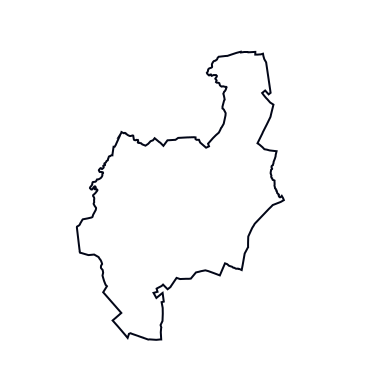 Braslavas pag., Alojas, Latvia (Mercator projection), rotated 49°
{"feature_id": "27541924B13565408041411", "entity_name": "Braslavas pag.", "entity_type": "district", "adm_level": 2, "iso_a3": "LVA", "parent_name": "Latvia", "parent_adm1": "Alojas", "projection": "mercator", "projection_center": [24.998, 57.744], "detail": "fine", "context": "isolated", "style": "outline", "palette": "ink", "viewbox_px": 384, "rotation_deg": 49, "n_neighbors": 0, "source": "geoboundaries", "source_scale": "gbopen_adm2", "svg_char_len": 5929}
<svg xmlns="http://www.w3.org/2000/svg" viewBox="0 0 384 384"><g transform="rotate(49 192 192)"><path d="M179.5,73.2L175.8,74.3L171.2,74.3L170.4,74.4L168.0,74.4L165.5,74.3L163.3,74.1L163.4,70.2L168.6,70.1L168.7,67.6L142.8,51.0L141.9,50.8L139.2,50.3L136.2,48.9L134.2,47.7L133.3,49.7L131.3,52.4L129.8,54.1L127.8,52.3L123.4,58.0L123.0,58.0L120.5,60.9L118.8,63.5L118.2,63.1L116.2,67.1L114.1,72.1L112.5,76.0L111.4,77.4L107.4,83.2L107.7,85.0L108.1,85.6L108.3,86.0L108.4,86.6L108.3,87.0L108.2,87.4L108.3,88.0L108.2,88.3L107.6,89.3L107.6,90.3L107.7,90.8L107.9,91.5L108.6,93.1L108.9,93.4L110.6,94.6L110.9,95.0L110.9,95.7L110.0,98.0L110.1,99.3L111.5,101.1L111.8,102.6L112.4,102.8L113.1,102.9L115.1,102.7L115.4,102.3L115.4,102.0L115.3,101.2L115.8,100.6L116.8,101.0L117.3,100.9L117.8,99.1L119.6,97.1L120.8,97.1L121.2,97.7L121.7,100.0L121.8,100.1L123.9,100.2L124.8,101.8L125.7,101.6L126.7,100.6L127.5,100.1L127.8,100.0L129.5,100.8L129.9,100.9L130.9,100.8L131.7,100.6L131.9,100.5L132.1,100.2L132.6,99.2L134.1,98.2L134.6,97.8L135.1,97.2L135.3,97.1L135.6,97.2L135.8,97.4L136.0,98.2L136.4,98.5L136.7,99.0L137.0,99.7L137.4,100.8L137.4,101.9L138.0,103.0L138.4,103.9L138.6,104.0L139.6,104.4L142.0,105.7L143.8,106.8L143.9,107.6L147.5,112.9L147.9,113.3L148.5,113.7L148.8,114.1L149.0,114.2L149.5,114.0L150.7,113.9L154.4,114.8L154.6,114.9L156.2,116.5L161.3,123.3L162.7,127.3L162.7,127.9L163.7,130.0L164.8,132.8L164.8,136.7L165.1,140.9L166.1,148.2L168.7,149.2L168.6,149.6L167.8,152.3L160.0,153.4L157.2,152.5L155.5,154.4L154.3,154.6L153.1,153.5L152.0,154.5L147.5,160.0L142.3,166.7L142.1,167.0L141.8,170.2L136.9,176.6L138.4,183.3L133.8,183.6L133.1,183.9L126.9,184.9L127.4,187.5L126.5,189.9L126.9,193.5L126.5,196.7L123.4,198.3L121.9,198.4L121.4,198.9L121.1,199.0L120.2,199.8L120.1,199.7L119.9,200.0L119.7,200.3L119.1,200.4L118.8,200.1L118.4,199.6L118.1,199.3L117.8,198.9L117.5,198.7L117.2,198.7L117.1,198.9L117.2,199.1L117.0,199.3L116.6,199.4L116.3,199.6L116.2,199.9L115.9,200.5L115.8,200.8L115.7,200.9L114.8,201.5L114.0,201.3L111.1,199.5L110.9,199.4L110.3,199.8L109.5,201.6L109.0,202.1L108.6,202.4L106.7,203.2L105.3,203.4L105.2,203.5L104.5,203.7L104.3,203.5L103.4,203.8L103.0,204.4L103.0,204.7L102.8,205.0L100.5,205.9L100.9,206.5L101.2,207.2L102.5,211.4L102.8,210.8L105.5,216.7L106.6,219.0L107.1,220.8L106.4,221.5L111.4,227.3L112.1,228.0L111.7,228.4L111.4,228.7L111.3,229.8L111.3,230.2L110.8,230.8L110.8,231.1L110.8,231.5L111.1,232.1L111.5,232.7L112.0,233.7L112.8,234.7L112.8,235.2L112.6,235.7L112.6,236.3L113.2,237.7L113.0,239.3L113.2,239.6L114.3,239.7L114.6,240.0L114.6,240.3L114.1,241.0L114.0,241.7L114.0,241.8L114.2,242.0L114.8,242.1L115.4,242.4L115.6,242.7L115.7,243.3L115.7,244.6L115.6,244.9L114.2,245.1L114.0,245.4L114.0,245.6L114.0,246.3L114.2,247.1L114.3,247.8L114.4,248.0L114.6,248.1L116.0,248.5L116.3,248.5L116.8,247.9L118.0,246.8L118.5,246.4L118.8,246.4L119.3,246.6L119.5,246.9L119.5,247.8L120.8,248.9L121.3,250.0L121.6,251.7L121.5,252.5L121.2,253.8L121.1,254.3L120.4,255.2L120.2,255.5L120.9,257.2L120.9,258.0L120.8,258.3L119.5,260.2L119.5,260.7L119.9,261.3L121.0,262.6L121.1,263.0L121.4,264.2L121.5,265.2L121.6,265.6L122.0,266.4L122.3,266.5L123.9,266.4L124.3,266.1L124.5,265.8L124.5,265.5L123.8,262.3L123.9,261.8L124.1,261.5L124.6,261.4L125.4,261.6L125.6,261.9L125.7,263.1L126.0,263.5L126.6,263.3L127.3,262.2L127.8,262.0L128.3,262.0L128.6,262.2L128.8,262.5L129.4,265.4L129.5,267.5L129.5,268.6L129.8,269.0L130.2,269.3L131.9,269.5L133.0,270.2L133.4,270.6L133.6,271.0L135.7,272.7L136.1,273.7L136.6,274.1L138.8,274.6L141.0,274.8L141.4,275.1L142.4,276.4L144.3,281.5L144.9,282.5L145.4,283.2L145.5,283.5L145.5,283.9L145.3,284.6L143.4,288.2L141.0,292.3L141.0,292.7L141.2,293.3L142.4,296.9L142.7,297.4L143.1,298.6L143.1,299.1L142.7,301.5L142.9,301.8L143.3,302.2L161.2,314.4L163.3,315.7L163.4,316.0L163.7,316.1L164.5,316.3L165.5,315.5L171.6,311.6L171.8,311.4L175.0,306.9L179.8,305.2L182.1,305.6L182.6,305.6L182.8,305.5L184.9,306.0L187.1,306.9L187.4,307.1L187.5,307.6L188.0,309.0L188.9,310.0L189.6,310.5L190.0,310.6L192.3,310.6L194.6,312.0L196.3,314.3L196.6,314.5L201.4,316.7L205.4,318.1L207.3,318.0L209.4,324.8L236.9,324.7L236.9,336.2L244.6,336.1L256.2,336.2L259.9,336.3L257.7,332.6L258.3,331.0L259.6,330.4L262.7,328.6L274.7,321.8L275.3,320.8L280.1,316.0L280.9,314.9L282.3,312.9L283.1,312.0L277.4,307.6L274.3,304.4L274.2,304.1L271.8,303.0L270.0,298.9L264.7,293.9L260.3,290.2L255.2,287.2L256.2,285.2L248.9,280.4L248.8,281.8L248.6,288.4L242.9,287.2L244.7,283.5L241.7,282.1L241.8,281.5L243.0,276.6L242.9,274.6L249.4,274.2L249.6,270.6L249.4,270.1L246.7,260.0L249.9,258.1L250.1,257.8L253.8,253.2L255.6,251.1L256.6,249.7L255.3,241.8L256.4,239.7L256.7,239.2L257.7,237.1L259.9,233.3L262.4,231.6L267.8,228.6L273.2,225.7L267.5,213.9L269.5,212.8L270.8,212.6L271.6,212.6L273.1,211.8L274.7,210.8L276.3,210.5L276.8,209.9L278.8,209.1L279.2,208.6L279.5,208.1L280.5,207.5L280.5,207.2L281.5,206.6L283.5,205.7L280.3,201.6L273.0,192.6L270.5,186.1L270.5,185.9L270.1,185.6L266.9,182.8L263.2,179.4L262.5,178.7L260.9,175.2L259.0,171.0L258.5,169.8L257.9,167.7L257.1,165.4L255.2,145.1L255.0,141.5L254.8,139.7L257.7,131.6L258.4,128.0L256.4,127.3L253.8,126.8L254.0,128.3L253.9,128.7L253.8,129.0L253.5,129.2L252.9,129.3L252.1,129.2L251.8,129.0L251.6,128.8L251.3,128.3L251.0,128.2L250.7,128.5L250.0,128.2L248.7,128.4L247.5,127.7L246.8,127.7L246.3,127.1L245.3,127.2L244.4,126.7L243.7,126.9L242.4,126.1L241.3,125.6L240.4,124.6L237.9,122.6L237.5,122.2L236.5,122.6L236.1,123.0L235.7,123.1L235.0,122.9L234.3,122.5L233.8,122.7L232.5,122.3L231.6,121.2L230.5,120.9L230.2,120.6L229.5,120.4L228.7,119.6L227.4,118.0L227.1,117.6L227.2,116.5L227.1,116.3L225.6,115.8L225.2,115.5L224.7,114.8L224.7,114.0L224.8,113.3L224.3,112.8L224.0,112.0L222.7,110.5L221.2,107.6L219.9,105.5L218.9,104.5L216.7,101.4L211.6,106.1L209.2,107.7L207.2,109.3L204.6,109.4L200.5,110.0L198.2,110.6L193.9,100.3L193.4,99.4L190.0,91.0L186.8,83.5L185.4,81.6L179.5,73.2Z" fill="none" stroke="#020617" stroke-width="2"/></g></svg>